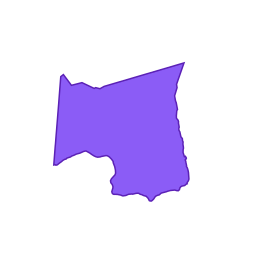 Loudoun, Virginia, United States of America (Mercator projection), rotated 147°
{"feature_id": "52423323B61122994047391", "entity_name": "Loudoun", "entity_type": "district", "adm_level": 2, "iso_a3": "USA", "parent_name": "United States of America", "parent_adm1": "Virginia", "projection": "mercator", "projection_center": [-77.613, 39.085], "detail": "fine", "context": "isolated", "style": "filled", "palette": "violet", "viewbox_px": 256, "rotation_deg": 147, "n_neighbors": 0, "source": "geoboundaries", "source_scale": "gbopen_adm2", "svg_char_len": 2086}
<svg xmlns="http://www.w3.org/2000/svg" viewBox="0 0 256 256"><g transform="rotate(147 128 128)"><path d="M45.6,152.1L125.4,175.9L130.1,176.2L133.2,179.5L134.8,179.6L141.9,191.1L152.2,194.6L153.1,208.0L156.4,207.7L166.6,194.4L172.7,186.4L183.4,172.5L191.1,162.5L191.5,162.0L197.4,154.3L199.3,151.9L210.4,137.4L209.0,136.8L208.9,136.3L208.5,136.0L207.3,135.6L204.7,135.9L202.2,136.0L200.2,136.3L198.2,136.2L196.9,135.7L195.5,136.0L191.9,135.0L191.2,135.1L190.5,135.1L187.7,134.5L185.7,134.3L182.0,133.1L178.0,132.5L176.6,132.0L175.8,131.6L175.5,131.2L173.8,128.0L173.7,127.8L172.9,125.7L171.7,123.1L170.6,121.4L169.4,120.1L167.1,118.9L165.8,118.6L161.8,117.0L160.6,116.2L160.3,115.7L159.4,113.9L158.8,110.7L158.7,108.3L158.7,107.8L159.3,107.0L160.2,102.8L161.5,99.5L163.0,96.9L164.4,95.8L169.4,94.5L171.3,93.4L171.6,92.9L172.2,91.4L172.0,89.1L172.6,86.9L173.5,85.8L176.2,83.5L176.4,82.9L176.7,82.3L176.7,81.3L176.6,81.0L176.1,80.2L173.2,78.2L170.7,75.8L169.7,74.3L169.2,73.8L166.6,72.6L163.6,72.1L160.6,70.5L160.3,70.1L159.9,69.9L156.8,68.8L155.2,67.9L154.5,67.3L154.2,66.4L153.8,65.7L152.5,64.3L151.9,63.1L149.9,60.8L149.4,58.0L149.7,55.5L149.3,54.9L148.6,54.3L148.4,54.1L147.5,54.0L145.3,54.4L142.8,55.5L141.6,55.7L140.0,55.5L138.2,54.9L135.6,55.3L130.4,53.6L129.3,53.4L126.5,52.5L122.6,50.5L121.2,48.9L120.0,48.0L119.7,48.1L118.5,48.2L117.1,49.5L115.6,50.0L114.4,49.9L111.8,48.9L109.6,49.2L108.7,49.0L108.6,49.6L108.1,50.0L106.0,50.9L104.7,52.0L101.5,57.8L100.7,59.8L100.1,61.8L99.9,62.8L100.0,63.6L100.0,63.8L99.4,64.5L98.6,66.5L98.5,66.9L97.9,68.3L97.7,68.6L97.4,70.1L96.5,70.5L96.1,70.4L95.8,70.8L95.5,70.9L95.4,71.2L95.3,73.0L96.3,73.2L95.3,76.9L95.2,77.4L93.5,79.9L92.6,80.7L92.0,81.7L90.7,84.6L89.4,86.3L89.2,87.6L88.2,89.5L88.2,89.9L88.4,91.7L88.3,92.1L86.6,96.6L86.6,97.1L86.5,98.4L86.2,99.0L85.4,100.3L84.8,100.6L84.3,101.5L83.0,104.7L82.2,105.7L81.8,107.2L81.8,108.0L82.0,108.9L82.0,109.9L80.5,112.4L80.4,112.4L77.7,115.9L76.4,116.6L76.0,117.6L73.8,122.9L73.4,124.8L71.4,129.6L64.9,135.1L63.5,138.2L45.6,152.1Z" fill="#8b5cf6" stroke="#5b21b6" stroke-width="1.5"/></g></svg>